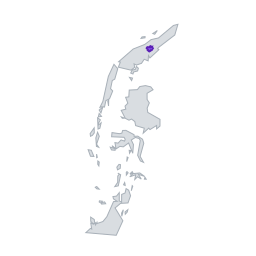 location of Kampar, Riau, Indonesia, rotated 97°
{"feature_id": "22746128B8837306932395", "entity_name": "Kampar", "entity_type": "district", "adm_level": 2, "iso_a3": "IDN", "parent_name": "Indonesia", "parent_adm1": "Riau", "projection": "albers", "projection_center": [101.167, 0.32], "detail": "fine", "context": "in_parent", "style": "filled", "palette": "violet", "viewbox_px": 256, "rotation_deg": 97, "n_neighbors": 0, "source": "geoboundaries", "source_scale": "gbopen_adm2", "svg_char_len": 5304}
<svg xmlns="http://www.w3.org/2000/svg" viewBox="0 0 256 256"><g transform="rotate(97 128 128)"><path d="M87.0,107.8L91.2,113.3L97.4,112.5L100.5,109.9L105.9,111.4L110.1,110.3L115.5,97.3L122.2,96.5L125.4,99.5L122.0,99.9L126.9,106.0L125.6,107.4L131.3,112.3L126.2,111.8L124.7,120.7L120.8,122.0L118.7,125.5L120.1,128.0L118.7,131.9L111.3,136.9L109.6,132.5L106.6,133.6L103.4,131.2L97.8,134.1L97.0,131.0L90.2,131.4L88.8,123.4L85.4,121.3L83.8,115.8L84.4,110.4L87.0,107.8ZM19.0,91.1L30.0,92.9L44.0,107.2L45.7,108.3L46.5,106.9L55.8,114.8L53.6,116.5L58.9,116.2L57.8,120.3L62.2,122.5L64.5,127.4L63.6,129.8L67.1,128.8L70.2,132.2L68.8,145.0L63.5,143.6L63.4,145.4L49.0,132.5L43.0,121.5L37.5,115.9L34.9,108.7L20.7,95.4L19.0,91.1ZM235.9,126.6L237.0,157.1L232.2,153.0L232.7,151.7L226.9,153.4L227.7,150.3L226.0,148.8L226.6,148.5L227.5,148.6L228.1,148.4L225.3,147.3L226.5,146.9L223.9,141.5L218.7,138.2L202.8,133.4L202.1,129.8L200.1,133.8L197.9,134.6L197.0,131.1L193.2,128.8L201.4,127.8L202.4,125.3L194.7,126.2L192.9,123.0L188.4,122.5L189.6,119.8L194.9,117.2L202.4,118.9L203.7,126.2L208.9,131.1L220.7,121.8L235.9,126.6ZM159.2,111.7L153.9,115.1L138.9,114.3L137.1,115.6L136.5,119.5L139.5,123.3L143.7,120.6L152.5,120.2L142.8,125.6L147.3,130.4L147.2,133.8L150.2,137.3L144.1,139.2L144.2,136.0L140.7,133.4L141.4,129.8L139.5,129.4L137.7,130.8L138.7,143.2L134.5,143.3L134.7,135.9L133.9,133.5L131.1,133.0L130.6,129.8L133.9,121.2L135.5,120.9L134.9,117.3L137.4,112.2L141.2,110.5L154.7,112.5L160.2,108.4L159.2,111.7ZM70.4,145.4L81.1,147.1L82.8,149.4L91.1,150.1L93.1,147.7L101.2,149.9L103.5,153.3L110.1,153.9L110.1,156.7L111.0,158.4L104.7,156.2L79.2,153.8L66.5,149.7L70.4,145.4ZM172.7,112.1L177.1,108.6L175.2,112.6L178.3,115.0L173.5,114.7L176.2,120.3L172.6,117.3L171.2,110.8L174.0,105.7L172.7,112.1ZM175.3,129.6L186.6,130.6L187.8,134.0L183.2,131.6L176.9,132.3L175.0,131.0L174.0,132.6L175.3,129.6ZM150.1,157.1L141.8,158.7L135.9,157.7L139.7,155.5L147.9,157.2L150.7,154.7L150.1,157.1ZM126.1,155.3L131.7,155.9L132.7,157.6L121.6,159.4L123.3,156.4L127.2,158.0L128.4,157.4L126.1,155.3ZM160.4,158.4L160.6,161.8L154.4,164.9L154.6,161.7L160.4,158.4ZM70.2,125.4L71.7,129.2L73.8,129.7L73.1,132.0L70.0,130.9L68.9,127.8L65.8,127.2L67.4,125.0L70.2,125.4ZM225.2,153.6L221.0,154.2L222.9,150.4L226.2,149.4L227.3,150.8L225.2,153.6ZM137.0,160.9L139.6,162.4L140.8,164.2L138.2,164.9L132.0,161.6L137.0,160.9ZM169.0,130.8L170.8,133.3L168.2,134.3L165.2,132.5L165.3,131.0L169.0,130.8ZM110.4,155.6L116.4,156.7L113.7,158.8L110.4,155.6ZM119.7,155.7L120.6,158.8L117.1,158.4L119.7,155.7ZM80.5,130.2L77.6,132.7L77.9,129.6L80.5,130.2ZM205.9,140.9L206.7,144.9L205.4,145.1L204.2,142.2L205.9,140.9ZM108.5,150.0L104.0,151.3L102.1,150.6L108.5,150.0ZM151.7,138.1L151.8,141.7L149.2,143.3L150.1,138.4L151.7,138.1ZM27.7,110.8L31.7,112.9L31.2,114.9L27.7,110.8ZM37.5,126.0L35.9,125.2L35.2,122.2L36.4,122.1L37.5,126.0ZM190.8,153.3L189.9,151.9L192.2,149.1L192.2,151.5L190.8,153.3ZM185.2,116.2L189.9,117.1L184.7,116.8L185.2,116.2ZM157.3,124.3L161.5,125.2L156.9,125.3L157.3,124.3ZM149.7,139.9L147.5,141.7L149.4,138.4L149.7,139.9ZM209.1,118.2L211.5,118.5L213.9,120.2L211.7,120.7L209.1,118.2ZM169.2,152.3L167.7,153.6L164.4,153.9L165.3,152.4L169.2,152.3ZM205.9,145.6L204.9,147.6L203.8,147.5L203.8,144.5L205.9,145.6ZM175.0,123.9L172.2,124.3L171.4,123.7L172.5,122.4L175.0,123.9ZM209.7,122.7L213.1,122.9L216.4,123.4L213.3,124.0L209.7,122.7ZM150.1,122.2L152.9,123.4L150.0,124.1L150.1,122.2ZM176.8,105.5L174.8,105.2L176.6,103.7L176.8,105.5ZM157.7,156.0L160.9,154.9L161.3,155.5L157.7,156.0ZM185.4,123.8L184.9,125.5L182.5,124.7L183.7,124.2L185.4,123.8ZM119.0,134.9L117.8,136.0L118.7,132.5L119.0,134.9ZM172.0,117.6L173.6,119.9L173.0,120.3L170.8,118.5L172.0,117.6Z" fill="#d9dde1" stroke="#a8b0b8" stroke-width="1"/><path d="M45.0,113.5L44.9,113.6L44.8,113.8L44.7,113.7L44.4,113.7L44.5,113.8L44.6,114.0L44.4,114.2L44.3,114.3L44.4,114.5L44.5,114.5L44.7,114.8L44.8,114.8L45.0,114.9L45.0,115.0L45.3,115.0L45.5,115.3L45.5,115.6L45.5,115.8L45.4,115.9L45.2,115.8L45.2,115.7L45.1,115.8L44.9,115.7L44.7,115.5L44.5,115.4L44.4,115.2L44.2,115.1L44.0,115.3L43.9,115.4L43.7,115.5L43.8,115.7L43.9,115.8L44.0,115.9L44.0,116.0L44.2,116.3L44.3,116.3L44.4,116.5L44.5,116.5L44.8,116.5L44.8,116.4L45.0,116.5L45.0,116.4L45.1,116.5L45.1,116.4L45.3,116.4L45.5,116.5L45.5,116.8L45.4,116.9L45.3,117.0L45.2,117.0L45.3,117.3L45.5,117.3L45.5,117.6L45.4,117.7L45.4,117.8L45.3,117.7L45.2,117.7L45.1,117.8L45.1,118.0L45.1,118.3L45.1,118.5L45.3,118.7L45.3,118.8L45.5,118.9L45.5,119.0L45.8,119.2L46.0,119.0L46.4,119.2L46.4,119.3L46.5,119.4L46.8,119.4L46.9,119.2L46.9,118.9L47.0,118.9L47.0,118.7L47.2,118.4L47.2,118.2L47.3,118.0L47.3,117.9L47.5,117.7L47.6,117.8L47.8,118.0L48.0,118.2L48.0,118.3L48.0,118.2L48.2,117.9L48.2,118.0L48.4,118.2L48.5,118.2L48.7,117.9L48.7,117.6L48.8,117.5L48.8,117.4L49.0,117.1L48.9,117.1L49.0,116.9L49.0,116.7L48.9,116.5L49.0,116.4L49.5,116.3L49.5,116.2L49.4,116.1L49.4,115.9L49.5,115.8L49.4,115.7L49.4,115.8L49.3,115.7L49.1,115.7L49.0,115.4L48.9,115.5L48.7,115.5L48.5,115.4L48.5,115.5L48.4,115.5L48.1,115.5L47.9,115.3L47.9,115.2L48.0,115.2L48.0,114.9L47.9,114.9L47.8,114.7L48.0,114.5L48.0,114.4L47.8,114.3L47.7,114.3L47.7,114.2L47.8,114.2L47.8,113.8L47.7,113.8L47.7,113.7L45.8,112.7L45.2,113.5L45.0,113.5ZM45.0,113.5L45.1,113.4L45.0,113.5Z" fill="#8b5cf6" stroke="#5b21b6" stroke-width="1.5"/></g></svg>